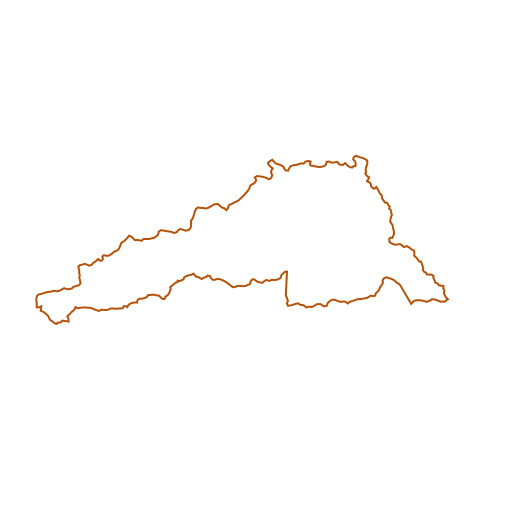 the district of Arenópolis, Goiás, Brazil, rotated 288°
{"feature_id": "56859067B45082876942592", "entity_name": "Arenópolis", "entity_type": "district", "adm_level": 2, "iso_a3": "BRA", "parent_name": "Brazil", "parent_adm1": "Goiás", "projection": "robinson", "projection_center": [-51.603, -16.343], "detail": "fine", "context": "isolated", "style": "outline", "palette": "amber", "viewbox_px": 512, "rotation_deg": 288, "n_neighbors": 0, "source": "geoboundaries", "source_scale": "gbopen_adm2", "svg_char_len": 5478}
<svg xmlns="http://www.w3.org/2000/svg" viewBox="0 0 512 512"><g transform="rotate(288 256 256)"><path d="M251.2,157.6L249.0,155.9L247.3,156.3L245.6,156.1L242.1,153.8L239.2,149.2L237.4,143.8L235.1,142.4L234.8,139.4L233.7,135.7L235.7,132.0L236.2,129.1L231.7,127.3L229.4,126.0L227.0,123.9L221.0,123.5L218.8,122.8L216.6,120.0L213.4,118.1L210.8,115.8L209.9,113.5L209.8,111.2L208.1,110.0L206.0,111.3L204.1,110.9L203.3,109.1L204.3,106.8L200.6,104.6L199.0,103.2L197.2,102.6L195.3,100.6L195.7,95.8L194.0,93.3L193.0,91.5L190.9,90.3L187.8,92.3L185.1,93.1L183.4,94.3L180.9,94.6L175.9,97.6L173.5,96.6L171.7,94.0L170.2,91.9L168.3,91.0L166.3,87.9L166.0,83.3L162.3,79.9L160.9,77.6L160.6,74.9L158.2,71.1L157.5,69.0L154.6,65.0L152.5,61.6L150.9,60.2L148.9,60.1L146.9,60.4L142.6,62.3L139.4,63.4L140.0,65.4L141.8,67.3L139.4,67.9L137.4,68.2L137.0,71.8L136.1,74.1L134.6,77.0L132.7,78.7L131.6,80.0L130.9,82.6L129.8,85.1L129.8,87.4L131.4,88.0L132.2,90.5L134.7,91.7L134.9,93.7L135.5,96.0L135.7,98.0L138.6,96.9L140.3,95.2L141.9,96.0L143.4,96.9L145.9,97.9L147.2,99.0L149.3,99.9L151.6,100.1L151.2,102.4L152.2,104.3L153.0,106.2L154.1,108.6L154.6,111.2L155.4,113.8L155.5,117.1L155.2,120.1L155.2,123.5L157.1,125.5L157.8,128.2L158.5,130.7L160.0,132.8L161.3,134.3L162.0,136.4L162.4,138.9L163.7,141.8L165.1,145.4L167.4,145.7L168.0,147.6L167.6,149.4L170.2,149.9L172.4,151.7L173.5,153.4L174.4,155.2L175.0,157.3L177.5,156.9L179.4,158.3L179.9,160.2L181.7,163.2L183.0,164.7L185.5,165.5L186.8,168.8L187.8,171.2L187.7,173.3L188.4,175.6L187.0,178.6L186.2,180.9L187.3,182.5L189.5,182.5L191.1,183.9L193.2,184.8L195.9,185.0L198.4,185.0L200.0,184.1L202.5,185.7L204.4,186.8L205.9,188.0L206.8,189.4L208.3,189.1L208.4,190.9L209.7,192.5L211.3,194.2L213.8,194.4L215.7,196.5L217.4,198.8L218.3,200.6L219.9,202.0L218.6,204.0L217.8,205.5L218.1,207.7L217.7,209.6L217.3,211.4L219.2,213.0L220.3,214.6L222.5,216.2L222.7,218.5L221.0,220.0L220.0,222.3L220.5,224.0L221.7,225.4L222.7,227.8L222.8,230.9L222.1,235.0L220.6,239.8L219.8,241.6L219.2,243.6L219.8,245.4L221.5,247.1L222.8,250.5L223.4,253.5L224.3,255.3L227.5,258.9L230.2,258.8L232.5,259.6L233.2,261.3L232.0,265.1L232.1,268.2L232.6,270.5L234.4,271.5L236.4,273.1L236.4,276.3L238.2,278.3L238.8,280.9L240.2,283.7L242.8,286.2L245.3,286.0L248.2,287.4L250.0,288.4L250.7,290.3L227.5,296.6L226.1,298.1L223.1,300.2L220.6,300.0L218.5,301.8L219.6,304.0L220.9,306.0L222.8,308.6L223.9,310.4L223.3,313.4L223.9,316.5L222.6,319.7L224.1,322.0L224.9,325.1L226.9,327.1L229.0,328.9L229.8,330.8L230.2,332.7L229.3,334.4L229.2,336.5L230.5,338.7L233.5,338.7L236.3,340.4L237.8,341.8L238.7,344.2L238.5,347.3L238.4,350.4L239.8,353.3L240.2,355.4L239.2,357.8L240.8,358.9L242.3,360.5L244.5,363.7L246.4,366.0L247.3,368.7L248.4,370.8L249.5,372.9L250.7,374.8L252.1,376.1L253.7,377.2L254.0,379.8L255.1,381.5L257.0,381.5L258.6,381.9L260.0,382.9L262.0,383.6L264.0,383.5L266.4,384.3L269.7,385.0L271.5,384.0L273.8,384.3L276.1,386.5L276.1,388.6L276.1,390.8L275.8,394.3L275.1,396.2L274.1,398.2L273.7,400.7L272.2,402.9L270.8,404.4L258.4,418.4L261.1,419.5L263.0,421.2L264.6,425.4L265.0,428.4L265.1,430.4L265.2,432.8L266.7,434.3L267.8,435.8L269.2,436.7L269.9,439.3L269.8,442.4L269.6,445.4L270.9,449.6L272.4,450.4L274.1,451.9L275.9,448.8L278.3,446.4L281.3,445.8L282.9,444.3L285.4,443.6L284.6,438.8L286.0,437.4L285.9,434.9L288.5,432.9L290.1,431.3L292.0,431.0L292.5,428.5L291.7,426.0L291.3,424.2L292.6,422.9L293.1,420.4L294.3,418.9L295.8,418.8L298.1,417.5L300.2,415.9L301.6,414.7L301.3,412.9L302.4,411.4L303.6,409.7L305.2,406.3L307.9,405.7L310.0,404.7L310.2,402.3L311.4,399.2L312.0,396.6L310.2,393.8L311.1,392.1L311.8,389.4L310.7,386.9L309.6,384.5L309.9,381.0L310.6,378.6L313.3,377.4L315.0,378.2L315.3,380.0L317.1,380.3L319.5,380.4L321.5,379.8L323.2,378.8L325.4,377.4L327.6,376.3L330.0,373.1L332.0,372.7L334.6,372.3L337.2,372.5L339.3,371.0L341.5,369.8L342.3,367.9L344.3,367.9L345.6,365.8L347.2,364.1L346.7,362.1L348.0,360.5L349.5,358.3L352.5,356.8L353.8,354.4L356.3,352.1L357.6,350.5L358.8,349.2L356.4,347.6L357.5,344.2L359.3,343.3L360.9,341.9L361.4,338.5L363.5,339.0L365.8,339.3L366.6,336.3L368.4,334.4L370.1,334.8L371.5,333.7L374.5,333.2L377.1,333.5L378.7,333.2L381.3,332.2L381.9,329.5L382.2,327.3L382.0,324.4L382.2,320.1L380.0,318.4L378.0,318.5L376.5,321.1L374.4,322.4L372.3,322.8L371.7,321.0L370.0,320.4L369.5,318.0L370.1,315.9L370.8,314.2L371.9,312.1L369.3,310.4L368.8,307.0L370.6,304.4L368.2,299.5L368.4,296.3L367.4,294.0L364.2,294.3L362.2,292.6L360.3,289.2L359.6,285.6L359.5,283.1L358.9,280.1L360.1,278.7L362.7,278.8L362.5,276.3L361.0,273.8L358.5,272.7L357.9,270.0L356.4,267.9L355.0,266.1L354.1,263.8L351.9,261.1L349.8,260.5L347.2,260.2L346.5,257.7L347.8,255.9L349.5,254.5L350.0,251.9L350.1,249.1L350.1,246.1L351.6,243.3L352.6,241.8L350.8,240.1L348.5,238.6L346.8,239.6L345.4,242.2L344.5,244.8L341.9,244.1L339.5,244.9L337.7,246.6L334.3,246.1L332.9,244.2L333.5,241.3L333.4,238.9L333.3,237.0L332.8,234.8L332.3,232.2L330.3,230.6L328.3,232.7L325.8,232.4L324.0,231.4L322.9,230.0L321.3,228.8L318.3,228.8L314.5,227.8L312.7,226.8L310.0,225.8L305.7,223.4L303.6,222.3L301.8,220.7L300.6,219.2L298.9,217.7L295.9,214.5L292.7,214.5L290.4,213.7L291.6,211.2L291.5,209.0L292.5,206.4L293.7,203.7L292.2,200.3L287.4,196.1L285.7,193.8L285.4,191.3L284.6,188.3L284.3,185.9L282.2,184.3L277.9,184.2L275.1,184.2L272.7,184.3L269.4,183.3L266.5,184.4L264.8,184.8L262.9,185.1L260.3,184.3L258.4,181.6L258.4,179.3L258.3,175.5L256.2,173.9L254.5,173.4L252.6,171.3L252.8,167.7L252.2,164.6L251.2,157.6Z" fill="none" stroke="#b45309" stroke-width="2"/></g></svg>